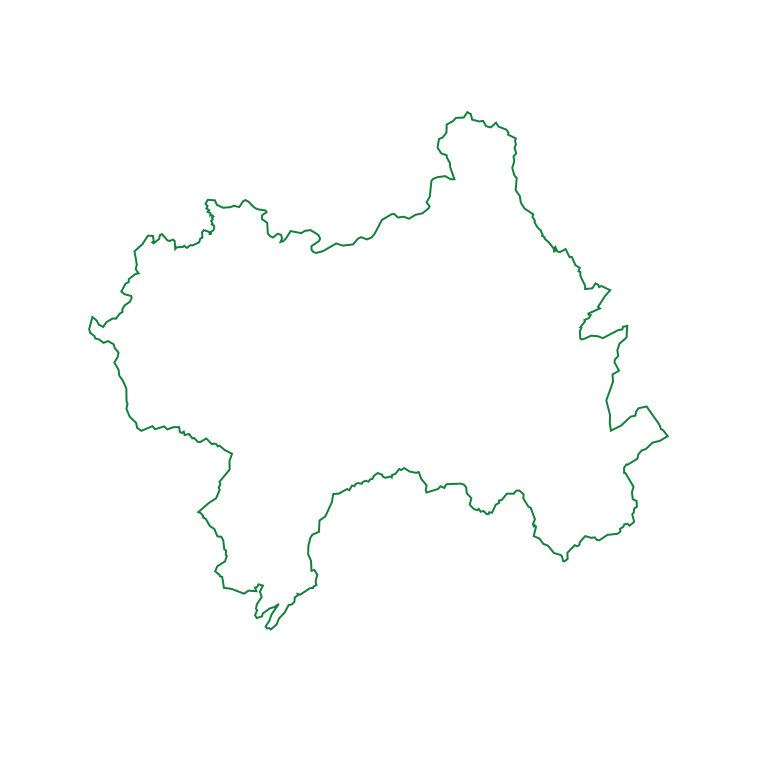 outline of Villa Guerrero, Jalisco, Mexico, rotated 329°
{"feature_id": "50627088B81366253066727", "entity_name": "Villa Guerrero", "entity_type": "district", "adm_level": 2, "iso_a3": "MEX", "parent_name": "Mexico", "parent_adm1": "Jalisco", "projection": "albers", "projection_center": [-103.71, 22.019], "detail": "fine", "context": "isolated", "style": "outline", "palette": "green", "viewbox_px": 768, "rotation_deg": 329, "n_neighbors": 0, "source": "geoboundaries", "source_scale": "gbopen_adm2", "svg_char_len": 6166}
<svg xmlns="http://www.w3.org/2000/svg" viewBox="0 0 768 768"><g transform="rotate(329 384 384)"><path d="M395.3,531.6L396.5,537.1L398.9,540.2L400.9,539.9L401.0,543.2L403.8,544.1L405.1,548.6L406.6,549.4L408.1,548.1L410.3,550.0L417.7,545.0L421.6,545.2L422.5,543.1L425.0,544.1L432.8,541.3L438.8,544.9L442.4,543.6L445.0,544.9L446.9,550.4L444.5,553.7L444.6,563.5L446.0,565.7L443.7,577.7L439.4,580.9L439.2,583.1L440.4,582.6L440.9,584.5L434.0,591.5L437.6,596.5L438.2,603.1L441.3,607.0L442.6,616.4L447.2,621.3L447.8,623.4L446.3,628.2L447.2,628.9L451.2,628.6L454.3,623.1L464.6,620.4L465.8,622.5L468.5,622.6L470.4,620.4L478.1,618.0L482.4,622.6L485.6,624.0L486.1,627.1L488.1,628.9L497.8,628.4L507.1,632.7L510.6,632.3L511.8,629.7L515.5,629.7L517.7,628.1L520.6,629.2L521.4,631.9L526.5,631.2L527.5,630.8L529.7,623.5L532.0,622.7L534.3,619.6L537.5,619.5L540.3,614.4L537.9,610.9L540.8,604.5L545.0,600.5L545.1,584.7L544.0,583.9L546.6,579.5L550.3,577.8L551.4,578.7L562.8,578.5L565.8,575.3L570.6,573.7L575.0,574.6L584.1,572.6L591.1,574.8L600.3,574.8L599.5,567.5L598.2,565.5L599.1,560.0L597.5,538.5L589.7,535.9L585.6,537.7L583.1,540.6L578.5,539.0L565.8,541.8L554.5,540.9L557.4,533.8L561.7,527.2L566.1,512.6L581.5,500.0L584.8,493.5L592.3,493.6L592.7,484.2L594.6,481.9L599.2,480.7L601.4,475.2L606.6,470.7L615.8,469.1L622.4,459.5L618.4,458.1L616.4,459.9L612.2,458.4L595.2,457.4L591.9,453.2L586.5,449.3L579.2,448.4L576.3,447.6L575.7,446.1L579.1,439.5L582.1,437.6L581.5,436.5L588.3,434.0L588.7,432.4L593.7,433.0L596.6,431.3L595.1,430.0L595.5,428.9L608.0,430.4L607.2,428.1L618.9,422.4L626.2,420.1L620.8,412.0L618.3,411.7L618.8,409.3L617.1,406.7L611.9,409.3L605.3,406.2L607.0,403.4L608.0,392.4L610.0,389.1L608.7,387.6L611.6,385.3L609.3,380.8L610.4,372.0L608.4,370.5L609.2,361.9L602.7,361.5L600.8,359.7L601.4,354.7L600.1,355.1L599.9,357.8L598.2,358.0L599.2,355.6L598.2,347.4L596.5,342.1L597.2,340.8L595.8,338.4L596.8,337.9L597.5,333.0L596.2,328.7L596.3,322.9L597.4,321.8L597.4,317.1L599.3,315.4L594.8,305.9L594.7,299.1L597.2,292.7L596.7,285.6L603.8,275.8L603.2,272.3L605.3,264.7L610.3,260.3L612.2,255.7L616.1,254.4L617.6,248.7L620.5,246.6L621.5,243.1L623.5,241.5L618.8,234.2L620.1,232.7L619.9,229.1L614.7,222.2L614.6,217.7L607.8,219.1L604.3,215.6L604.5,209.6L600.7,207.9L595.7,202.8L597.4,197.4L595.4,193.9L589.6,196.7L582.8,193.0L578.5,194.2L571.3,193.9L567.0,200.7L561.1,202.9L557.3,202.3L551.6,209.0L551.9,215.9L555.5,220.1L554.5,222.3L554.3,228.6L552.4,232.3L549.8,244.8L546.5,242.8L543.6,237.4L536.2,234.2L531.4,233.5L529.1,234.5L519.7,247.1L514.1,250.1L514.6,255.2L513.0,256.3L504.9,257.5L498.2,255.2L490.5,255.2L487.0,250.7L481.7,248.5L480.4,243.7L478.2,242.4L466.7,242.3L453.2,250.5L448.9,252.0L443.9,251.3L439.9,246.3L436.3,246.0L429.3,248.4L420.0,244.2L415.4,238.9L400.0,238.7L393.3,236.7L391.3,234.2L391.0,231.6L392.8,228.5L401.9,228.0L404.1,226.5L404.5,222.3L400.2,214.2L395.1,212.0L390.8,212.1L382.7,204.8L375.0,208.8L370.9,209.7L368.5,208.9L371.8,206.5L372.5,203.1L370.4,200.5L364.3,201.2L362.4,198.3L362.0,195.0L366.9,185.7L364.3,179.7L366.5,176.5L371.8,176.3L371.9,174.3L365.6,169.1L363.7,166.0L361.7,157.8L359.8,154.9L357.2,154.8L351.1,157.8L346.8,153.7L343.8,153.5L336.8,150.0L333.1,144.6L333.6,139.4L327.9,135.4L323.8,137.6L324.4,140.6L322.1,142.0L323.7,145.0L321.5,145.6L323.3,148.3L321.8,150.2L323.8,151.1L324.0,152.8L321.9,153.1L321.9,154.7L319.8,155.3L319.7,158.0L318.5,158.6L319.8,160.5L318.7,163.1L316.8,164.4L313.6,164.4L313.1,166.1L311.7,165.7L312.5,163.6L308.8,159.3L306.2,160.2L303.7,165.0L301.4,164.7L298.5,167.4L291.1,166.6L290.0,165.3L285.1,165.8L283.9,162.6L282.4,163.0L276.8,160.1L274.6,160.8L278.2,153.6L277.4,151.5L274.2,151.1L272.4,149.5L270.9,141.2L268.6,141.0L265.9,143.9L259.0,144.8L258.3,143.3L260.4,142.7L262.2,138.0L258.0,135.3L249.1,139.7L238.4,141.8L233.6,154.5L230.3,157.6L230.6,162.7L227.4,161.7L219.3,162.7L217.5,165.2L214.1,164.9L206.4,169.5L207.9,173.5L212.6,178.3L212.1,180.2L208.5,182.6L202.0,183.1L198.2,185.2L196.9,187.6L193.5,187.6L188.0,190.0L185.2,188.1L177.9,188.0L172.7,190.5L170.1,186.3L170.4,181.8L168.6,176.4L159.6,185.0L158.5,188.8L160.5,194.0L160.0,196.3L162.6,198.9L164.8,204.3L169.5,205.1L172.7,210.7L171.7,214.6L172.6,220.4L169.5,223.8L163.9,226.7L163.8,235.1L161.4,240.4L161.9,246.2L160.8,255.2L154.4,266.2L154.2,268.5L150.4,272.6L149.2,281.1L151.5,289.7L149.8,294.3L151.9,299.2L163.9,300.9L164.4,304.8L173.7,307.1L174.8,311.3L181.4,312.6L186.2,315.5L184.3,320.0L185.7,322.0L187.8,321.7L186.9,325.1L191.1,326.4L191.7,331.9L193.4,332.4L194.6,337.7L196.6,339.1L203.6,339.2L205.5,347.0L207.8,347.6L209.4,349.6L209.4,351.8L211.4,352.3L213.4,358.6L217.8,365.5L211.7,370.6L207.7,377.8L192.6,383.1L192.0,385.8L189.0,387.6L188.6,390.1L181.2,395.5L172.4,395.8L158.9,398.2L160.3,400.0L161.1,403.6L160.1,405.1L161.8,408.0L161.5,416.1L163.9,420.7L162.8,428.8L165.8,431.2L165.7,435.2L162.0,443.3L162.8,445.3L160.4,449.0L160.7,450.5L156.3,454.2L147.3,454.3L142.8,457.6L144.7,462.8L144.3,464.4L146.0,465.9L141.8,476.3L147.6,480.9L156.1,491.7L161.3,491.3L167.9,495.9L168.6,492.1L170.5,492.7L173.3,491.1L176.4,494.5L170.7,498.1L169.4,503.6L161.5,507.4L158.5,510.8L158.8,512.5L154.4,515.8L154.4,519.1L159.7,520.3L161.8,518.3L170.4,517.5L175.4,518.8L180.6,518.3L168.8,523.7L163.8,527.9L157.6,530.9L157.8,533.2L160.0,534.2L160.6,536.1L168.1,534.8L173.2,530.9L181.0,528.8L188.6,524.3L191.2,525.5L195.0,524.6L197.5,521.0L201.5,520.8L201.8,519.4L203.8,521.4L215.5,520.9L218.1,522.3L219.3,521.3L222.5,521.5L223.7,518.0L228.6,513.1L228.5,507.6L225.6,506.7L230.4,498.0L231.3,490.8L236.0,483.6L241.8,477.8L245.0,476.3L252.1,477.2L258.4,467.8L265.5,467.3L278.4,458.5L283.8,452.2L288.8,454.7L298.2,455.0L299.6,457.1L304.3,454.6L306.1,456.4L308.0,455.1L310.4,455.4L313.7,458.1L315.1,457.1L318.3,457.4L320.4,459.7L323.3,458.6L325.1,459.5L327.7,457.6L332.8,457.1L335.7,460.9L335.2,462.5L336.7,465.0L342.5,466.9L342.6,467.9L344.2,466.1L347.2,467.0L353.3,464.7L354.3,466.6L358.0,466.5L361.0,472.4L365.8,476.7L368.4,477.4L367.1,484.5L368.3,492.9L365.1,496.4L364.5,498.9L376.1,501.8L379.9,500.8L382.2,504.2L385.1,502.2L386.8,502.5L398.4,508.9L400.6,511.2L401.2,514.9L398.7,520.3L400.1,526.8L395.3,531.6Z" fill="none" stroke="#15803d" stroke-width="2"/></g></svg>